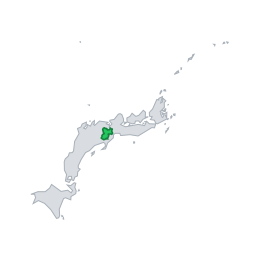 location of Gifu within Japan, rotated 189°
{"feature_id": "JPN-1841", "entity_name": "Gifu", "entity_type": "Prefecture", "adm_level": 1, "iso_a3": "JPN", "parent_name": "Japan", "parent_adm1": "", "projection": "natural_earth1", "projection_center": [137.038, 35.796], "detail": "fine", "context": "in_parent", "style": "filled", "palette": "green", "viewbox_px": 256, "rotation_deg": 189, "n_neighbors": 0, "source": "natural_earth", "source_scale": "10m", "svg_char_len": 5752}
<svg xmlns="http://www.w3.org/2000/svg" viewBox="0 0 256 256"><g transform="rotate(189 128 128)"><path d="M177.6,65.0L181.5,65.9L181.4,72.4L184.2,76.4L185.7,84.6L185.2,87.6L182.6,90.9L182.0,94.3L179.3,94.9L178.2,96.7L178.6,106.5L175.5,114.8L177.8,119.6L174.6,121.7L173.9,124.8L170.0,127.3L169.8,123.7L171.9,121.0L169.9,120.3L168.5,122.6L168.7,125.1L165.4,123.9L164.2,128.1L162.3,130.1L162.0,126.8L162.8,126.3L161.3,125.3L157.3,130.4L148.6,130.5L150.2,128.7L147.8,128.1L147.1,129.1L146.6,126.1L144.5,129.6L147.2,131.9L147.0,132.9L143.0,134.3L139.7,140.2L138.0,140.9L136.2,140.3L133.7,136.0L133.5,133.3L135.9,130.2L130.7,128.8L118.4,133.2L112.0,132.9L110.7,137.6L107.6,135.5L101.2,136.3L101.9,132.3L104.6,132.1L116.8,121.7L125.0,121.7L134.1,119.4L135.3,121.5L139.7,120.8L141.2,119.2L141.0,115.9L145.8,110.0L146.9,103.9L150.6,102.6L147.4,106.4L148.3,109.1L150.0,109.9L158.2,105.5L162.5,99.6L166.1,97.1L169.3,89.7L171.3,82.7L170.7,80.5L168.8,79.9L170.8,76.7L170.4,72.8L172.8,71.2L173.5,67.6L175.3,67.9L176.3,71.4L179.0,70.9L179.9,67.8L176.6,68.4L176.6,67.4L177.6,65.0ZM198.6,40.5L205.2,42.3L209.9,38.5L208.4,44.8L210.0,48.1L213.6,47.3L207.0,51.0L199.9,52.1L196.0,56.4L194.7,60.3L184.2,54.9L177.8,57.1L174.0,55.1L172.9,57.6L179.1,62.2L175.5,62.1L172.6,65.5L170.9,65.3L171.3,61.2L169.3,57.7L169.4,54.9L173.6,51.4L173.3,48.1L178.8,49.3L180.6,48.3L183.2,37.1L181.8,30.8L182.4,28.5L184.4,27.5L191.5,35.3L198.6,40.5ZM103.1,139.8L107.2,139.8L105.9,142.9L108.6,143.1L109.4,146.6L106.7,150.6L104.0,160.7L102.0,160.4L102.2,162.1L98.9,164.4L99.7,157.8L98.0,159.2L98.2,162.9L94.8,160.7L96.2,158.8L95.3,154.2L98.8,149.2L97.7,148.8L98.1,147.1L95.8,143.8L94.9,144.5L95.3,146.9L96.4,146.9L96.5,148.4L94.3,147.7L92.1,149.6L91.5,145.0L93.8,146.9L90.7,143.3L99.6,136.7L101.5,137.2L103.1,139.8ZM124.6,132.7L129.9,133.9L130.7,137.7L127.9,139.7L126.3,143.2L122.1,140.7L119.4,142.1L115.6,147.9L113.2,146.3L112.7,141.4L109.7,142.3L114.5,139.0L116.8,135.1L118.7,136.7L121.8,135.9L121.9,133.7L124.6,132.7ZM79.1,205.9L76.0,207.9L75.4,210.7L74.2,211.2L76.4,205.5L77.9,205.8L79.1,203.7L79.1,205.9ZM160.1,97.5L157.4,99.7L157.6,97.3L159.5,95.1L159.2,97.4L160.1,97.5ZM90.7,188.2L88.1,191.9L86.6,190.7L90.7,188.2ZM94.4,152.9L93.5,152.7L93.9,150.1L95.1,149.9L94.4,152.9ZM132.2,133.3L130.2,133.2L132.8,130.9L132.0,132.2L132.2,133.3ZM98.3,171.6L96.9,171.5L96.5,170.4L98.5,170.4L98.3,171.6ZM90.2,130.9L88.5,132.5L90.0,129.5L90.2,130.9ZM101.0,170.3L100.3,169.8L101.8,166.2L101.8,168.0L101.0,170.3ZM83.6,147.6L84.9,147.8L85.3,148.8L83.7,149.3L83.6,147.6ZM89.1,133.3L87.9,134.6L88.1,133.0L89.1,133.3ZM44.0,228.5L42.4,228.4L42.4,228.1L43.1,227.2L44.0,228.5ZM120.4,115.1L119.3,115.3L119.1,114.3L119.8,113.8L120.4,115.1ZM86.8,147.0L86.2,146.0L87.1,144.3L87.6,145.6L86.8,147.0ZM47.3,226.2L46.8,227.7L46.0,227.8L45.6,227.0L47.3,226.2ZM85.1,195.8L84.4,195.7L84.5,194.1L84.8,194.0L85.1,195.8ZM179.7,31.2L178.6,30.8L178.5,30.3L179.4,30.1L179.7,31.2ZM97.4,150.1L96.1,151.1L95.7,150.6L97.4,150.1ZM166.8,59.4L166.3,58.5L167.2,58.1L166.8,59.4ZM111.1,137.2L112.0,136.9L113.0,136.9L111.1,137.2ZM177.9,28.1L177.8,29.8L177.3,27.9L177.9,28.1ZM90.2,142.8L89.1,143.9L90.7,142.1L90.2,142.8ZM56.5,224.1L55.1,224.2L55.2,222.9L55.6,223.5L56.5,224.1ZM92.4,137.6L91.6,138.5L91.9,137.4L92.4,137.6ZM127.5,130.9L127.0,132.0L126.4,131.1L127.5,130.9ZM87.3,191.4L87.1,192.1L86.8,191.3L87.3,191.4ZM166.8,128.7L166.5,129.5L166.4,128.7L166.8,128.7ZM92.1,157.5L91.4,157.7L92.1,157.1L92.1,157.5ZM113.8,134.4L113.8,135.3L113.1,135.2L113.8,134.4ZM170.4,144.6L169.6,144.8L169.6,144.3L170.4,144.6ZM188.8,205.4L188.9,206.3L188.4,205.3L188.8,205.4Z" fill="#d9dde1" stroke="#a8b0b8" stroke-width="1"/><path d="M150.2,112.7L150.3,112.8L150.3,113.0L150.5,113.0L150.6,112.9L150.9,112.9L151.1,113.0L151.3,113.1L151.8,113.2L152.1,113.4L152.4,113.5L152.8,113.7L152.9,113.9L152.9,114.0L152.8,114.5L152.7,114.7L152.5,114.9L152.4,115.0L152.4,115.4L152.4,115.5L152.3,115.9L152.3,116.1L152.5,116.3L152.6,116.5L152.4,117.0L152.1,117.5L151.8,117.8L151.7,118.0L151.4,118.1L151.1,118.2L151.0,118.3L150.7,118.7L150.6,118.9L150.6,119.0L150.9,119.1L151.0,119.2L151.1,119.3L151.4,119.4L151.5,119.5L151.7,120.1L151.8,120.2L152.0,120.4L152.0,120.5L152.0,120.9L152.2,121.4L152.2,121.5L152.3,121.5L152.6,121.8L152.7,122.1L152.7,122.4L152.7,122.5L152.8,122.8L152.7,122.9L152.5,123.0L152.5,123.3L152.5,123.6L152.4,123.7L152.3,124.0L152.0,124.1L151.9,124.2L151.7,124.3L151.4,124.5L151.2,124.5L151.1,124.4L150.9,124.2L150.7,124.2L150.4,124.0L150.1,124.0L149.7,124.2L149.4,124.2L149.1,124.0L149.0,123.9L148.9,123.9L148.7,123.9L148.6,123.6L148.4,123.5L148.4,123.4L148.3,123.2L148.2,123.2L147.9,122.9L147.7,122.9L147.4,123.0L147.0,123.1L146.8,123.2L146.6,123.3L146.4,123.2L146.2,123.3L146.0,123.8L145.7,124.3L145.6,124.5L145.6,125.2L145.2,125.0L144.9,124.9L144.7,124.7L144.6,124.4L144.4,124.3L143.5,124.6L143.3,124.3L143.3,124.0L143.5,123.5L143.5,123.3L143.5,123.1L143.6,122.8L143.5,122.2L143.4,121.8L143.3,121.6L143.2,121.5L143.1,121.4L143.0,121.5L142.8,121.4L142.7,121.2L142.7,120.8L142.4,120.4L142.7,119.9L142.8,119.5L142.9,119.4L143.0,119.3L143.1,119.2L143.3,119.3L143.5,119.4L143.8,119.4L144.1,119.5L144.2,119.4L144.3,119.4L145.1,119.1L145.3,119.1L145.6,119.2L145.9,119.1L146.0,119.1L146.3,119.1L146.5,118.8L146.6,118.7L146.5,118.3L146.4,118.1L146.2,117.9L145.9,117.8L145.8,117.7L145.8,117.3L145.9,116.9L145.9,116.7L146.0,116.6L146.0,116.3L146.2,116.0L146.2,115.6L146.3,115.5L146.7,114.9L146.7,114.7L146.5,114.4L146.4,114.3L146.6,114.3L146.7,114.2L146.8,114.0L146.8,113.9L147.0,113.8L147.4,113.8L147.5,113.9L147.7,114.0L147.7,114.3L147.8,114.4L148.1,114.2L148.3,114.1L148.4,113.9L148.4,113.7L148.5,113.6L148.7,113.4L149.1,113.0L149.2,112.9L149.4,112.9L149.5,112.9L149.6,113.0L150.1,112.8L150.2,112.7Z" fill="#22c55e" stroke="#15803d" stroke-width="1.5"/></g></svg>